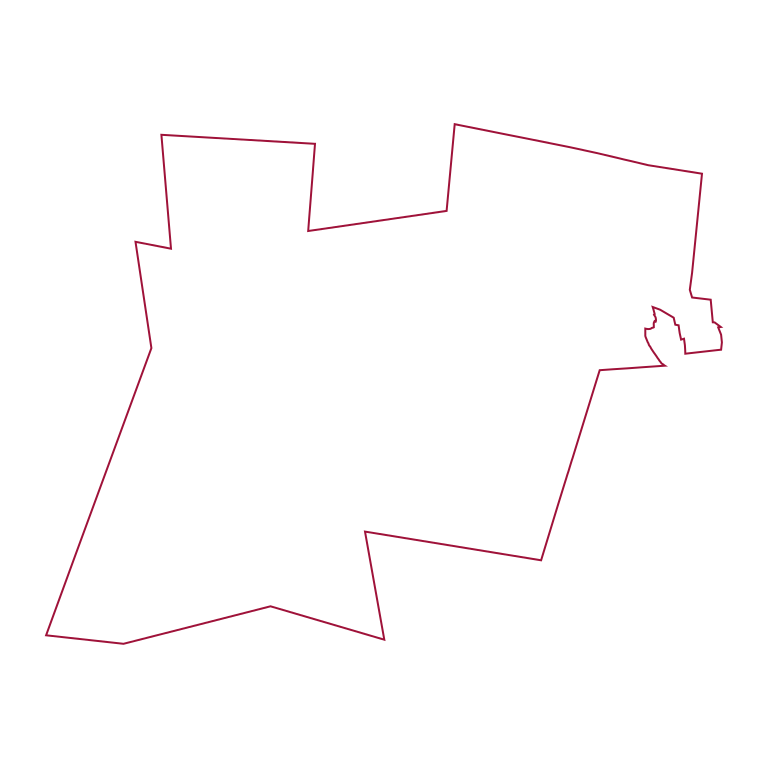 Villa de la Paz, San Luis Potosí, Mexico (Robinson projection)
{"feature_id": "50627088B83556604008483", "entity_name": "Villa de la Paz", "entity_type": "district", "adm_level": 2, "iso_a3": "MEX", "parent_name": "Mexico", "parent_adm1": "San Luis Potosí", "projection": "robinson", "projection_center": [-100.702, 23.663], "detail": "fine", "context": "isolated", "style": "outline", "palette": "rose", "viewbox_px": 768, "rotation_deg": 0, "n_neighbors": 0, "source": "geoboundaries", "source_scale": "gbopen_adm2", "svg_char_len": 1637}
<svg xmlns="http://www.w3.org/2000/svg" viewBox="0 0 768 768"><path d="M123.5,643.8L270.5,606.3L384.3,639.7L365.0,531.6L541.1,560.3L557.8,505.5L565.1,481.9L566.3,478.1L567.3,474.8L568.5,471.2L570.0,466.2L570.7,463.9L572.0,459.7L572.5,458.3L573.7,454.4L596.9,379.2L599.7,370.2L612.3,369.3L627.9,368.3L643.1,367.2L664.8,365.7L664.3,365.4L663.8,365.2L663.6,364.7L662.8,364.2L661.5,363.4L660.7,362.2L659.3,360.5L658.9,359.7L657.8,358.3L656.5,356.3L654.4,353.3L654.0,352.8L651.4,348.9L650.4,347.1L650.2,346.6L649.6,346.0L648.9,344.9L648.4,343.3L647.8,342.4L645.6,337.0L645.3,335.9L645.3,328.6L645.7,328.7L646.7,328.9L647.6,329.0L647.9,329.1L649.4,329.0L650.5,328.8L651.2,328.4L651.9,327.9L652.9,327.7L653.8,327.3L653.8,325.2L653.7,324.0L653.9,322.5L654.6,321.1L655.6,321.7L655.9,321.0L656.0,320.1L655.9,319.1L655.8,318.5L655.6,317.4L655.2,316.6L654.8,315.9L654.3,315.3L654.0,314.6L654.7,314.1L654.1,311.9L653.5,309.6L652.7,307.0L660.1,309.7L673.7,317.7L675.3,324.7L678.6,325.3L679.2,329.8L679.7,333.2L681.1,339.6L684.0,338.7L684.9,345.2L685.2,350.2L685.3,353.7L717.2,350.1L721.1,349.7L721.9,342.4L721.1,334.7L718.2,327.4L720.8,327.0L714.6,322.4L712.8,322.3L710.7,299.7L692.1,297.5L689.8,289.8L692.1,272.7L702.0,173.7L648.2,165.2L632.3,161.4L631.5,161.2L624.0,159.5L620.4,158.6L596.6,153.0L588.8,151.3L583.7,150.2L582.5,149.9L569.4,147.1L563.4,145.9L521.5,137.5L507.8,134.8L496.8,132.6L454.7,124.2L446.6,210.9L308.2,231.0L309.1,219.1L310.7,199.0L313.0,169.8L313.0,169.6L315.0,143.8L314.7,143.8L161.4,134.8L171.0,248.7L135.5,241.8L151.4,348.1L138.7,382.7L75.9,553.7L46.1,635.3L123.5,643.8Z" fill="none" stroke="#9f1239" stroke-width="2"/></svg>